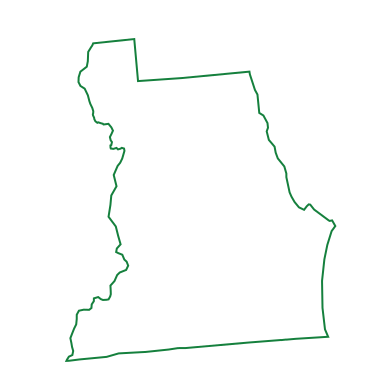 Del Norte, California, United States of America, rotated 175°
{"feature_id": "52423323B27137211377014", "entity_name": "Del Norte", "entity_type": "district", "adm_level": 2, "iso_a3": "USA", "parent_name": "United States of America", "parent_adm1": "California", "projection": "mercator", "projection_center": [-123.792, 41.691], "detail": "fine", "context": "isolated", "style": "outline", "palette": "green", "viewbox_px": 384, "rotation_deg": 175, "n_neighbors": 0, "source": "geoboundaries", "source_scale": "gbopen_adm2", "svg_char_len": 1965}
<svg xmlns="http://www.w3.org/2000/svg" viewBox="0 0 384 384"><g transform="rotate(175 192 192)"><path d="M69.0,35.9L71.5,43.6L72.1,65.2L70.2,92.1L66.0,113.4L61.8,127.5L56.3,140.9L52.2,145.6L54.9,151.5L57.4,151.2L58.3,151.8L71.9,163.9L75.3,169.1L76.8,169.5L78.9,167.8L81.9,164.5L86.8,167.4L90.7,173.1L93.3,178.7L94.8,183.1L96.7,198.5L96.4,202.2L97.8,209.4L103.6,218.0L105.2,223.9L105.8,230.0L110.9,237.2L112.3,245.9L110.7,249.4L110.8,254.1L114.2,262.0L118.1,264.9L118.3,283.4L120.4,288.2L124.1,304.2L124.3,306.9L192.5,306.4L236.1,307.2L236.2,349.4L277.5,348.7L278.6,346.6L279.7,345.3L283.2,340.6L284.4,331.3L285.9,326.0L292.7,321.6L294.9,316.2L295.5,311.4L293.9,307.4L289.9,304.3L287.3,297.4L286.3,291.4L285.6,288.6L284.0,284.4L283.3,281.1L283.6,279.0L284.0,278.1L283.9,276.9L283.5,275.8L283.0,274.4L283.0,273.2L282.1,270.9L280.3,269.2L279.4,269.6L276.4,268.3L274.9,267.8L274.3,267.0L273.0,267.0L269.3,267.2L266.7,263.4L265.4,260.0L267.2,256.8L269.0,253.9L268.5,250.6L267.4,248.7L268.3,245.8L269.2,245.5L269.3,243.3L269.1,242.4L266.6,241.8L263.4,242.5L262.0,240.9L259.4,241.4L258.1,242.1L255.9,241.2L255.7,238.9L257.2,235.0L258.6,231.4L261.0,227.4L263.8,224.5L268.5,215.8L266.7,204.3L272.7,195.6L274.4,186.2L277.3,174.6L270.9,164.3L269.4,154.9L267.7,146.1L271.8,142.3L272.8,138.8L270.7,137.5L266.9,135.6L265.3,130.6L263.2,128.3L262.0,124.2L264.4,120.1L271.0,118.1L273.8,115.8L277.0,110.0L281.4,105.9L281.6,100.5L281.8,97.3L282.6,95.1L284.5,92.3L286.5,92.1L290.1,92.2L292.1,93.2L294.6,95.5L299.0,94.6L299.3,91.8L301.7,88.8L302.3,85.2L304.7,83.6L310.1,84.2L315.0,83.6L317.5,79.8L317.9,75.5L318.9,70.2L321.3,66.3L323.7,61.5L325.9,57.0L325.3,51.9L325.0,48.1L324.2,44.0L325.4,40.0L329.0,38.7L331.2,35.8L331.8,34.7L329.1,34.6L318.7,35.0L291.4,35.2L279.1,37.6L254.7,36.8L252.2,36.7L229.0,37.1L219.6,37.7L216.8,37.5L216.6,37.5L212.0,37.1L148.7,37.1L116.3,36.8L115.9,36.7L111.2,36.8L110.9,36.7L101.3,36.7L69.0,35.9Z" fill="none" stroke="#15803d" stroke-width="2"/></g></svg>